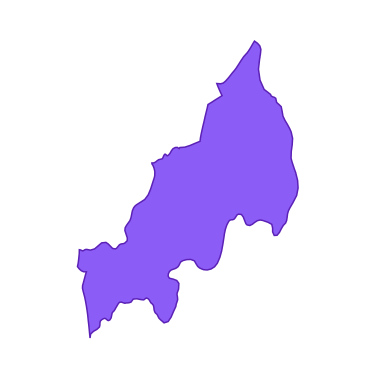 an SVG outline of Querétaro, rotated 187°
{"feature_id": "MEX-2733", "entity_name": "Querétaro", "entity_type": "State", "adm_level": 1, "iso_a3": "MEX", "parent_name": "Mexico", "parent_adm1": "", "projection": "equal_earth", "projection_center": [-99.752, 20.792], "detail": "fine", "context": "isolated", "style": "filled", "palette": "violet", "viewbox_px": 384, "rotation_deg": 187, "n_neighbors": 0, "source": "natural_earth", "source_scale": "10m", "svg_char_len": 4027}
<svg xmlns="http://www.w3.org/2000/svg" viewBox="0 0 384 384"><g transform="rotate(187 192 192)"><path d="M296.6,104.0L296.5,105.2L296.4,106.4L296.3,107.6L296.3,108.8L296.3,112.7L296.4,116.9L296.8,121.0L295.5,120.9L293.5,120.2L292.4,120.7L291.5,121.5L290.3,122.1L289.2,122.2L285.8,121.9L281.7,123.7L275.5,130.5L271.3,131.5L268.8,130.2L263.9,126.3L261.1,126.2L260.0,127.0L257.6,130.8L256.3,131.7L253.8,132.4L252.7,132.9L250.4,135.7L250.6,138.5L253.9,145.5L254.0,148.3L252.9,151.0L250.1,156.1L249.4,159.3L248.9,166.1L248.0,169.2L246.9,171.1L245.6,172.5L238.0,178.8L235.1,183.9L233.4,190.0L231.1,202.1L231.0,203.9L231.4,207.8L232.6,211.1L234.1,213.8L235.0,214.7L235.4,215.9L233.3,216.3L231.8,217.3L230.5,218.7L229.1,220.0L228.3,220.3L227.2,220.7L226.1,221.1L225.5,221.4L225.0,222.7L224.6,224.2L224.1,225.5L223.4,226.3L222.7,226.1L222.0,225.6L221.3,225.0L220.7,225.0L219.6,226.1L218.7,227.4L218.0,229.0L217.4,230.6L216.1,232.7L214.1,234.1L212.0,234.5L210.1,233.5L210.0,233.8L209.8,234.1L209.6,234.4L209.4,234.7L204.7,235.6L199.7,237.9L194.7,240.8L190.2,243.3L190.2,244.3L190.2,245.2L190.2,246.2L190.2,247.2L189.9,251.4L189.5,255.6L189.1,259.7L188.6,263.9L188.2,268.2L187.7,272.4L187.2,276.6L186.8,280.8L183.5,283.4L180.3,286.1L177.1,288.7L173.9,291.3L175.7,294.1L177.4,296.9L179.0,299.7L180.6,302.7L176.8,302.9L174.2,304.0L172.1,306.3L169.5,310.1L168.0,312.6L166.5,315.1L164.9,317.5L163.4,320.0L161.4,324.1L159.3,328.5L157.2,332.6L154.7,336.2L154.4,336.6L154.1,337.0L153.9,337.5L153.6,337.9L152.2,340.7L150.9,343.6L149.7,346.5L148.4,349.4L145.1,347.6L142.5,345.3L141.0,341.9L140.9,336.9L141.0,335.7L141.0,334.5L141.0,333.3L141.1,332.1L141.0,322.0L138.1,311.3L132.9,302.6L126.0,298.5L125.0,296.9L123.5,296.3L121.8,296.0L120.3,295.2L118.9,291.2L116.4,289.5L113.9,287.6L112.4,283.2L111.0,278.5L108.5,274.5L105.6,270.8L102.9,267.0L102.4,266.2L101.9,265.4L101.4,264.5L100.9,263.7L98.7,257.5L98.3,251.0L98.4,244.3L97.8,237.6L96.4,234.1L94.8,230.7L93.2,227.3L91.5,224.0L88.6,216.4L87.2,208.9L87.7,201.3L90.6,193.5L91.8,190.7L93.0,187.9L94.0,185.0L94.5,181.9L94.5,178.4L94.6,175.3L95.3,172.6L97.3,170.0L98.8,166.6L100.3,162.5L102.3,159.4L105.1,158.9L107.1,162.2L107.6,166.1L108.9,169.6L112.8,171.2L115.7,171.8L118.4,172.4L121.1,172.5L123.8,171.4L126.0,169.5L128.2,167.3L130.5,165.8L133.1,166.0L133.6,166.2L134.0,166.5L134.3,166.8L134.7,167.2L136.4,170.3L138.1,173.5L140.2,175.7L143.2,175.7L144.5,174.7L145.3,173.1L146.1,171.4L147.1,170.0L148.4,169.4L149.6,169.2L150.9,168.7L152.0,167.3L153.4,163.5L154.3,159.2L154.7,154.8L154.8,150.5L155.0,143.9L155.4,137.0L156.4,130.4L158.2,124.3L160.5,120.5L163.7,117.9L167.3,116.5L170.9,116.3L173.1,116.8L175.2,117.5L177.2,118.8L178.8,120.7L181.3,124.0L185.1,124.9L189.2,124.2L192.6,122.8L194.5,121.4L195.3,119.8L195.8,118.1L196.7,116.2L198.1,114.8L199.6,113.8L201.3,113.0L203.1,112.1L204.7,110.3L205.5,107.9L205.4,105.5L203.9,103.7L199.8,103.2L196.3,102.3L193.9,99.7L193.5,94.0L194.0,91.7L194.4,90.1L194.4,88.5L193.6,85.9L193.1,83.4L193.5,81.1L194.0,78.8L194.1,76.3L195.8,71.1L197.5,65.2L199.9,60.5L203.8,58.7L205.5,59.9L207.5,61.2L209.4,62.7L210.7,64.6L211.5,65.9L212.4,66.7L213.5,67.4L214.4,68.5L215.3,70.5L215.8,72.8L216.6,74.9L217.9,76.1L219.3,77.0L220.4,78.4L221.4,79.8L222.7,80.8L224.3,81.2L225.3,80.6L226.0,79.6L227.0,79.0L230.1,79.0L233.8,79.3L237.3,78.5L239.1,75.3L240.1,74.8L241.1,74.4L242.2,74.1L243.3,74.0L245.1,73.4L246.9,73.7L248.6,74.1L250.3,73.8L251.1,72.9L251.8,71.6L252.4,70.2L252.9,69.0L253.5,67.7L254.1,66.1L254.8,64.6L255.6,63.7L256.5,62.2L256.7,59.8L256.9,57.2L257.9,55.1L258.7,54.5L259.3,54.2L260.0,54.3L260.8,54.8L262.4,55.8L263.4,55.9L264.5,55.4L266.0,54.3L267.3,52.6L267.4,50.7L267.2,48.7L267.4,46.7L269.6,44.1L272.8,41.7L275.3,38.7L275.4,34.6L275.6,35.5L275.8,36.4L276.0,37.3L276.2,38.1L277.2,42.7L278.2,47.2L279.3,51.7L280.3,56.2L281.5,60.9L282.8,65.5L284.2,70.1L285.7,74.6L286.7,77.1L287.9,80.1L289.0,83.2L289.2,85.7L288.7,89.2L288.2,92.8L287.7,96.4L287.1,99.9L289.7,99.6L292.2,100.3L294.5,101.9L296.6,104.0Z" fill="#8b5cf6" stroke="#5b21b6" stroke-width="1.5"/></g></svg>